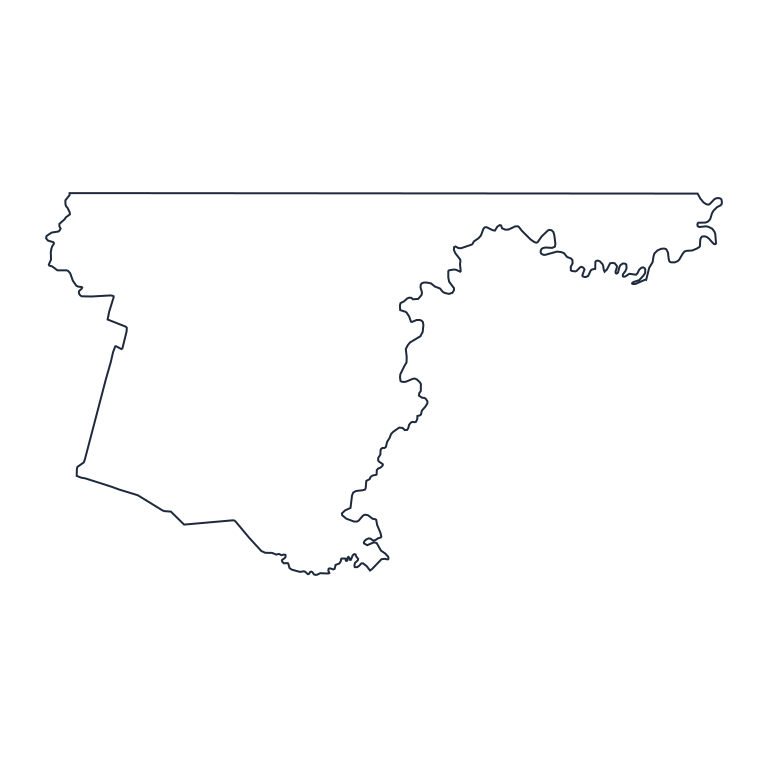 Ixcán, Quiché, Guatemala
{"feature_id": "79465075B29604867633206", "entity_name": "Ixcán", "entity_type": "district", "adm_level": 2, "iso_a3": "GTM", "parent_name": "Guatemala", "parent_adm1": "Quiché", "projection": "mercator", "projection_center": [-90.715, 15.881], "detail": "fine", "context": "isolated", "style": "outline", "palette": "slate", "viewbox_px": 768, "rotation_deg": 0, "n_neighbors": 0, "source": "geoboundaries", "source_scale": "gbopen_adm2", "svg_char_len": 6073}
<svg xmlns="http://www.w3.org/2000/svg" viewBox="0 0 768 768"><path d="M83.7,462.5L77.4,466.9L76.9,469.0L76.7,475.9L81.3,477.7L85.4,478.4L112.3,487.0L119.0,489.5L137.7,495.2L162.0,510.1L164.1,511.1L170.9,511.6L184.1,524.6L232.9,520.3L234.2,520.5L235.4,521.3L249.2,537.8L261.3,551.0L265.3,552.8L272.0,552.9L276.3,554.6L278.8,553.9L281.6,555.2L283.3,554.6L285.4,554.8L285.6,556.9L284.6,558.2L282.3,559.7L281.9,560.3L282.2,561.6L283.8,563.3L287.8,563.1L288.4,564.0L289.5,568.0L291.7,569.6L299.9,571.9L303.9,571.3L305.2,571.8L307.9,574.2L309.1,573.8L310.2,571.9L311.2,571.6L312.3,572.1L314.0,574.4L315.3,574.9L317.2,574.7L320.2,573.2L328.2,573.5L329.3,573.1L328.3,570.6L328.7,568.7L329.9,568.3L333.3,569.4L334.6,568.9L335.6,564.9L339.3,563.5L340.8,561.2L341.1,559.1L341.6,558.5L345.1,558.5L345.6,558.8L345.8,560.5L346.2,560.9L346.9,560.8L347.6,560.0L347.6,557.6L348.4,556.9L349.3,557.7L350.1,559.9L350.9,559.8L352.8,555.2L354.2,554.1L355.6,554.5L356.1,556.3L358.2,558.9L357.8,560.3L355.0,562.9L354.4,565.4L354.8,567.1L357.3,567.1L359.3,565.7L361.2,563.5L363.0,563.3L366.7,566.2L370.0,570.5L372.1,569.0L381.5,559.2L385.0,558.8L387.1,559.4L388.2,559.2L388.5,558.0L388.2,556.8L385.3,553.6L381.0,550.6L376.7,543.1L374.9,542.5L373.5,542.5L367.2,545.2L364.0,543.4L363.8,542.5L364.5,541.1L365.9,539.7L368.5,538.4L370.7,538.7L372.8,540.4L373.6,540.5L375.6,540.0L378.0,538.3L380.9,537.4L381.3,536.7L380.6,533.3L377.1,524.8L376.2,519.8L374.9,519.1L372.7,518.8L368.1,515.3L365.4,514.7L363.8,515.1L362.6,516.0L358.8,520.5L357.3,521.5L353.9,521.5L346.4,518.7L342.2,515.3L341.9,513.4L345.1,510.4L350.5,507.9L352.0,495.7L353.1,492.7L356.0,491.0L363.0,490.2L365.0,489.6L365.7,488.0L366.3,480.9L369.7,479.1L370.3,477.4L371.5,476.2L373.0,475.4L376.0,474.9L376.6,474.4L376.8,470.0L378.5,468.3L380.4,467.7L382.4,465.9L382.9,464.7L382.7,464.1L379.1,461.7L378.2,460.5L378.2,458.0L380.4,454.5L380.5,450.6L381.0,449.0L382.3,448.0L384.5,448.0L385.9,446.9L387.1,441.9L389.5,438.1L391.1,434.0L393.3,431.7L399.2,427.6L402.5,427.9L404.9,430.1L407.1,429.9L408.2,428.3L409.2,424.6L410.9,422.6L412.3,421.9L414.9,422.2L416.1,421.7L417.3,418.9L417.4,416.0L419.8,415.4L421.0,414.5L421.8,410.7L425.5,406.5L427.4,403.3L427.4,401.3L425.7,398.7L424.5,398.0L421.8,397.6L418.9,395.6L419.3,393.1L420.8,391.0L420.9,383.9L419.5,381.9L416.6,379.3L414.9,378.6L412.8,378.8L406.5,381.5L404.3,382.0L401.6,381.7L400.5,380.9L400.0,377.3L400.3,374.4L404.1,366.5L406.5,362.5L406.7,357.1L405.8,349.0L407.9,345.0L410.1,342.4L420.4,336.2L422.7,331.9L423.4,325.0L422.8,321.9L421.6,320.7L420.0,320.0L416.6,320.0L412.1,321.9L411.0,321.7L409.1,316.4L406.6,312.6L405.5,311.8L400.2,310.1L399.9,305.7L400.5,303.1L403.8,301.5L407.3,298.4L409.1,297.7L411.2,297.8L413.0,299.3L418.2,298.9L421.4,295.2L421.9,293.6L421.9,292.1L420.5,287.5L420.8,284.6L421.8,283.3L424.0,282.5L426.5,282.5L431.0,283.4L434.8,286.5L440.0,288.5L442.7,291.8L444.9,293.0L449.0,293.9L452.4,292.8L453.9,290.4L454.0,288.1L449.2,281.8L448.3,277.5L448.3,271.2L449.1,270.3L453.8,269.5L456.1,269.8L460.2,271.7L460.7,271.1L460.0,264.2L460.4,261.7L460.2,259.5L455.3,253.2L453.9,250.0L454.1,247.1L455.5,246.5L458.5,248.1L461.1,248.2L471.7,244.6L472.4,244.1L473.9,241.4L478.3,238.4L480.9,235.6L483.4,228.9L484.6,227.4L486.6,227.2L492.7,230.2L494.9,230.6L497.3,226.7L499.7,225.1L501.1,225.5L502.1,228.3L505.4,229.7L508.6,229.5L515.2,226.4L517.9,226.3L518.9,227.0L521.9,230.8L530.5,239.4L534.4,242.1L536.4,242.7L537.6,242.2L541.7,236.4L548.1,230.3L549.5,229.9L551.6,230.3L553.4,232.1L554.3,235.1L555.4,243.9L554.9,246.6L552.2,247.9L545.5,247.5L542.6,248.2L541.3,249.3L540.7,250.9L540.7,252.7L541.2,253.6L543.3,254.8L545.0,254.9L557.0,251.6L560.9,252.0L563.9,253.1L567.1,257.0L570.9,258.4L572.4,260.0L572.6,263.3L570.8,266.7L570.8,270.3L571.9,271.0L575.5,271.4L576.7,270.8L580.0,267.4L581.3,266.8L582.4,267.1L583.8,268.2L584.5,269.5L582.4,275.1L582.6,276.2L584.0,276.9L585.9,277.0L588.2,275.9L590.8,270.3L592.2,269.4L595.2,268.9L595.4,261.9L595.8,261.2L597.0,260.7L598.4,260.7L600.0,261.5L602.6,264.3L603.3,266.4L603.7,269.6L604.6,271.7L606.9,269.5L610.1,263.3L612.9,262.9L614.8,263.4L616.9,266.0L616.8,267.7L615.5,271.9L615.8,273.3L616.6,273.6L618.0,272.6L619.4,267.1L620.4,265.2L622.6,263.6L624.1,263.5L625.8,264.0L626.4,264.9L626.5,268.6L625.4,271.1L622.9,274.4L622.8,276.0L623.2,276.6L624.0,276.7L625.5,276.4L629.3,273.8L636.1,274.7L637.5,273.2L639.2,269.7L641.6,267.6L643.3,267.4L644.7,268.3L645.3,269.5L645.1,273.0L643.7,275.3L639.3,280.1L633.6,282.0L632.2,283.0L632.1,283.6L632.8,284.0L635.6,283.9L645.8,279.4L646.2,279.7L649.2,267.8L652.6,262.2L653.5,256.5L654.4,253.5L657.5,250.4L660.9,248.9L663.0,248.6L664.5,248.6L666.3,249.3L668.0,252.6L668.6,258.3L669.3,261.2L669.9,261.9L671.0,262.3L674.5,262.4L677.6,261.2L679.2,259.7L682.9,253.4L684.6,251.4L686.9,250.8L692.1,250.5L696.6,248.7L699.4,247.0L700.0,245.8L700.2,240.2L700.8,238.0L702.0,236.6L704.4,236.3L706.6,236.9L708.6,238.3L713.6,243.8L714.8,244.2L715.6,244.0L716.0,243.4L715.3,234.2L714.5,231.8L712.2,228.7L708.6,226.9L706.1,226.3L699.3,227.0L697.7,226.2L697.4,224.4L697.8,223.2L698.5,222.7L705.1,222.6L707.5,221.9L708.7,220.9L710.2,219.1L712.0,213.3L713.5,210.7L717.0,207.2L720.5,205.4L721.6,204.2L721.9,202.1L721.5,199.7L720.7,198.7L719.6,198.2L717.2,198.1L715.7,198.5L714.3,199.3L709.8,204.0L708.6,204.6L706.4,204.3L703.5,202.4L700.3,198.5L697.6,193.6L69.6,193.1L69.5,195.2L65.4,200.3L65.4,204.0L66.1,206.3L67.4,207.6L69.7,212.3L69.9,214.4L65.9,217.3L64.6,219.3L59.4,223.9L59.4,226.4L60.6,228.7L59.4,230.7L58.4,231.5L51.6,232.6L46.5,236.0L46.1,238.3L48.0,240.6L53.1,242.1L53.9,242.8L53.8,243.9L52.1,246.5L51.1,249.7L51.2,250.7L50.8,251.5L51.0,259.6L48.8,264.6L49.3,265.6L52.2,266.4L57.4,270.3L66.7,270.3L68.4,271.2L70.2,273.3L72.9,280.8L76.4,285.8L78.1,286.6L81.6,287.0L82.2,287.5L81.6,288.8L79.2,290.9L78.8,292.3L79.3,294.1L80.5,295.6L81.8,296.3L91.7,296.5L110.8,295.4L113.5,296.1L113.7,297.1L109.2,311.6L107.6,319.5L125.8,326.7L126.8,327.8L126.6,331.4L122.4,348.4L121.4,349.1L116.3,346.3L115.3,346.3L113.1,352.0L110.8,362.0L105.8,379.5L84.8,459.7L83.7,462.5Z" fill="none" stroke="#1e293b" stroke-width="2"/></svg>